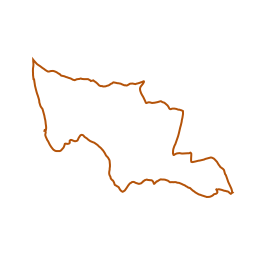 outline of Hagaz, Anseba, Eritrea, rotated 343°
{"feature_id": "51966322B93716709446742", "entity_name": "Hagaz", "entity_type": "district", "adm_level": 2, "iso_a3": "ERI", "parent_name": "Eritrea", "parent_adm1": "Anseba", "projection": "equal_earth", "projection_center": [38.261, 15.755], "detail": "fine", "context": "isolated", "style": "outline", "palette": "amber", "viewbox_px": 256, "rotation_deg": 343, "n_neighbors": 0, "source": "geoboundaries", "source_scale": "gbopen_adm2", "svg_char_len": 5781}
<svg xmlns="http://www.w3.org/2000/svg" viewBox="0 0 256 256"><g transform="rotate(343 128 128)"><path d="M185.5,127.9L184.5,126.9L184.0,126.5L183.4,126.2L182.7,125.6L182.2,125.4L181.5,125.2L179.8,123.9L179.0,123.5L178.0,123.0L176.6,122.6L175.9,122.4L174.5,122.5L173.9,122.3L173.5,121.9L173.2,121.4L172.9,119.6L172.4,118.0L170.8,115.4L170.1,114.4L168.6,113.4L168.2,113.0L167.4,112.1L167.2,112.0L166.4,111.9L163.9,111.9L160.8,111.6L158.3,111.1L156.3,109.8L155.4,109.5L154.7,109.4L153.7,109.5L152.9,109.5L152.6,109.3L152.4,108.8L152.3,107.3L151.7,103.2L151.5,102.2L151.1,100.7L150.7,98.6L150.6,95.9L150.8,94.6L151.1,93.6L151.7,92.7L152.4,92.0L155.3,90.0L156.0,89.3L156.4,89.0L156.7,88.5L157.1,87.4L156.9,87.6L156.2,87.9L155.4,88.1L153.4,88.1L152.5,88.2L150.1,88.2L149.1,88.1L147.9,88.2L145.3,86.8L143.3,86.3L142.3,86.3L142.0,86.5L140.2,86.9L139.4,87.0L139.0,86.9L138.6,86.8L138.1,86.4L137.0,86.1L135.9,85.2L134.6,84.1L134.0,83.5L131.5,82.2L130.8,82.0L129.9,81.4L128.0,80.4L127.7,80.2L127.3,80.1L126.9,80.2L126.5,80.4L125.8,80.7L125.1,80.7L124.0,80.9L122.9,81.4L121.3,81.6L120.6,81.5L118.7,81.6L117.4,81.3L116.6,81.1L116.3,81.0L115.7,80.5L115.4,80.3L114.1,79.9L112.9,78.9L112.4,78.0L111.9,76.9L111.3,75.9L110.4,74.5L109.6,73.6L108.9,72.6L108.7,72.3L108.3,72.3L107.4,72.3L106.8,72.2L106.2,72.2L105.5,71.0L104.4,70.0L104.1,69.6L103.8,69.5L101.1,68.7L99.7,68.2L98.3,67.6L97.4,66.9L96.9,66.8L96.1,66.9L93.2,66.4L91.1,66.7L90.7,66.5L90.1,66.1L89.8,66.0L89.4,65.7L87.7,63.9L85.6,62.5L84.8,61.8L83.9,61.3L82.2,59.9L79.5,58.4L79.2,58.0L78.9,57.4L78.3,56.2L77.8,56.0L76.3,54.1L75.4,53.2L74.0,52.1L73.0,51.5L71.0,51.0L68.9,50.9L68.2,50.7L67.7,50.4L66.0,48.5L65.1,47.2L63.7,45.5L62.2,43.4L59.9,40.6L59.4,39.7L57.6,35.8L57.3,35.0L56.8,36.7L56.5,38.3L56.1,39.7L55.5,41.3L54.5,43.4L53.7,45.8L53.1,48.2L52.7,49.4L51.9,53.7L52.4,54.0L52.1,55.8L51.7,58.6L51.4,60.5L51.2,64.5L51.1,67.0L51.1,68.7L51.2,70.6L51.2,73.9L51.1,75.7L50.8,77.1L50.7,77.5L50.7,78.7L50.7,81.3L51.1,83.0L51.7,84.5L51.8,85.1L51.6,91.8L51.3,94.2L51.2,96.2L51.0,97.5L50.8,98.6L50.6,99.5L50.2,102.1L49.9,103.5L49.5,104.7L48.9,105.8L48.5,105.6L47.9,105.5L47.7,105.6L47.3,106.3L47.8,106.5L48.0,106.6L48.1,106.8L48.1,107.4L48.1,107.9L47.7,108.8L47.0,110.0L46.8,110.8L46.8,112.3L47.2,115.3L47.3,116.1L47.7,117.2L48.3,121.0L49.0,123.6L50.0,126.2L50.4,127.0L51.0,127.7L51.6,128.4L52.5,129.0L56.0,130.1L57.0,130.0L58.0,129.5L60.3,128.1L60.8,127.7L61.4,127.0L62.5,125.5L62.8,124.9L63.0,124.7L63.8,124.7L65.2,125.4L66.0,125.6L67.2,125.6L67.5,125.5L68.0,125.0L68.3,123.8L68.5,123.2L69.0,122.9L69.4,122.7L69.9,122.7L70.6,123.0L72.0,124.2L73.1,125.0L74.1,125.3L75.4,125.3L76.1,125.1L78.1,122.9L78.6,122.5L80.2,121.2L80.8,121.0L81.7,121.0L82.1,121.2L82.7,121.6L82.9,121.8L83.3,122.4L83.6,123.3L84.0,124.0L85.6,125.9L85.9,126.4L86.4,127.3L86.7,127.7L88.0,129.4L90.1,131.2L91.1,131.9L91.6,132.4L93.4,134.7L94.0,135.5L94.9,137.3L95.7,138.4L96.5,139.8L97.2,141.5L97.5,141.9L98.4,144.9L98.7,146.5L98.8,147.1L99.0,148.0L100.2,150.4L100.8,153.0L100.8,154.0L100.0,157.8L99.5,159.5L98.7,161.2L98.3,162.4L97.2,164.5L96.7,166.0L96.6,166.7L96.6,167.7L96.6,168.0L96.8,168.8L96.9,169.3L96.9,169.9L96.8,170.9L96.8,171.4L97.5,172.9L97.8,173.4L98.2,173.8L98.3,174.2L98.5,174.9L98.7,176.2L98.7,178.2L98.8,178.6L99.9,179.7L100.7,180.7L101.4,181.4L101.9,182.2L102.0,183.2L102.2,183.9L102.5,185.0L103.3,186.5L104.2,187.4L105.1,187.3L106.7,186.8L108.8,185.2L111.8,182.7L112.1,182.6L113.0,181.9L113.8,181.5L114.9,181.3L115.9,180.9L116.9,181.0L117.8,181.3L118.1,181.5L119.3,182.7L120.4,183.5L120.7,183.6L121.6,184.4L122.2,184.5L122.6,184.7L124.5,184.7L125.3,184.3L125.8,184.1L126.7,183.5L127.1,183.6L127.7,183.2L128.8,182.8L129.5,182.9L129.9,182.8L130.7,182.8L131.1,182.9L131.2,183.0L131.5,183.3L132.2,183.7L133.0,183.9L133.4,184.2L134.9,184.7L135.7,185.3L136.0,185.9L136.3,186.6L136.5,188.8L136.6,189.0L136.9,189.0L138.3,188.3L139.6,187.5L140.2,187.4L140.6,187.6L141.8,187.1L143.1,186.9L143.6,186.7L144.4,186.7L144.8,186.9L145.6,187.3L146.7,187.6L148.2,188.2L150.7,190.0L151.3,190.8L152.3,192.1L154.1,192.6L154.6,192.7L155.4,193.1L156.2,193.2L157.5,193.6L158.1,193.9L159.1,194.7L160.3,195.2L160.8,195.4L163.1,197.3L164.0,198.2L165.5,199.4L166.4,200.6L167.0,201.1L167.7,201.9L168.1,202.5L169.1,203.2L169.5,203.3L170.0,203.9L170.7,205.2L171.8,206.9L172.2,207.5L172.7,207.9L173.5,209.2L174.9,210.7L175.9,211.8L176.8,212.6L177.2,212.7L179.1,214.2L180.6,215.2L181.4,215.8L182.2,216.3L183.1,217.0L185.5,217.6L186.4,217.7L187.3,217.6L187.9,217.6L189.8,217.1L190.1,216.8L190.9,216.5L193.1,216.6L193.5,216.5L194.0,216.3L194.5,215.8L194.7,215.6L194.8,215.3L194.8,214.9L194.5,212.6L194.8,212.5L195.3,212.9L196.0,213.1L196.8,213.1L197.5,213.4L199.6,214.6L201.6,216.1L202.9,216.7L204.2,217.6L204.8,217.8L205.5,218.6L206.4,220.2L207.1,221.0L208.0,220.6L209.2,220.3L208.9,219.8L209.1,217.7L209.1,216.2L208.9,214.7L208.7,213.2L208.5,211.8L208.1,209.1L208.0,206.0L207.9,203.5L207.8,201.6L207.4,200.6L207.4,199.0L207.5,196.4L207.2,195.5L206.8,194.8L205.3,192.8L204.9,192.3L204.4,190.6L204.0,189.7L203.7,188.5L203.2,186.4L201.9,183.7L201.1,182.3L199.9,181.2L199.4,180.8L198.5,180.4L193.0,180.2L191.5,180.4L186.9,180.1L186.0,179.9L182.3,179.7L180.0,179.5L179.5,179.4L179.0,179.1L178.7,178.9L178.8,177.6L179.6,175.1L180.5,172.7L180.9,171.4L181.0,170.9L180.7,170.1L180.4,169.8L180.0,169.9L179.0,170.0L178.6,169.9L176.9,169.4L173.2,168.5L171.9,168.1L170.9,167.6L170.0,167.1L168.5,166.8L167.0,166.6L165.6,166.8L164.6,167.1L164.3,167.2L163.7,167.1L163.6,166.9L163.6,166.4L163.7,166.0L163.6,165.8L163.6,165.3L163.7,165.1L164.5,162.8L165.2,161.4L165.7,160.7L166.9,159.0L167.7,158.1L168.6,157.2L173.5,150.5L175.0,148.1L177.2,144.3L178.2,142.6L179.3,140.9L180.4,139.0L181.2,137.6L181.7,136.4L183.1,134.0L184.7,130.7L185.0,129.7L185.5,127.9Z" fill="none" stroke="#b45309" stroke-width="2"/></g></svg>